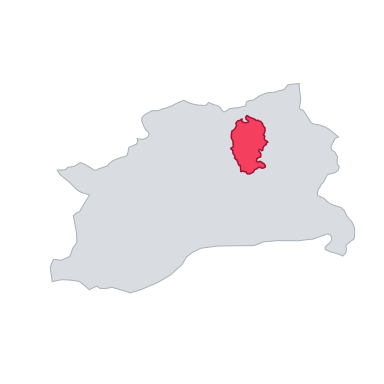 where Pazardzhik sits in Bulgaria, rotated 169°
{"feature_id": "BGR-2234", "entity_name": "Pazardzhik", "entity_type": "Province", "adm_level": 1, "iso_a3": "BGR", "parent_name": "Bulgaria", "parent_adm1": "", "projection": "robinson", "projection_center": [24.121, 42.158], "detail": "fine", "context": "in_parent", "style": "filled", "palette": "rose", "viewbox_px": 384, "rotation_deg": 169, "n_neighbors": 0, "source": "natural_earth", "source_scale": "10m", "svg_char_len": 3761}
<svg xmlns="http://www.w3.org/2000/svg" viewBox="0 0 384 384"><g transform="rotate(169 192 192)"><path d="M320.1,239.2L313.3,238.1L311.0,238.5L309.5,240.0L306.3,239.7L302.5,239.7L298.4,241.4L296.2,242.2L293.2,240.6L287.6,235.8L284.1,232.4L281.6,231.6L279.1,232.6L270.0,233.7L267.9,235.7L263.8,237.8L259.6,238.8L253.5,239.6L250.4,239.5L248.6,240.5L247.1,243.6L246.1,246.7L245.3,247.9L237.7,249.5L236.1,251.2L235.7,252.9L235.8,254.7L229.8,253.0L225.2,254.1L224.1,255.4L223.1,257.3L223.7,259.3L225.4,261.3L227.1,266.6L227.7,271.9L226.8,274.9L223.3,277.0L216.2,279.4L209.3,278.3L206.2,279.2L201.1,279.5L196.4,280.2L189.1,282.3L182.6,283.6L176.7,279.2L169.7,276.2L162.3,274.4L159.8,275.7L158.7,276.7L152.6,272.8L149.8,271.4L148.5,269.9L145.9,264.7L144.4,264.5L139.3,266.5L134.5,266.4L131.5,266.0L122.8,266.2L121.7,269.8L120.6,270.3L118.7,270.8L114.1,270.6L108.1,273.2L101.8,274.8L96.8,274.9L91.7,274.1L88.6,274.7L82.0,274.9L77.8,278.8L71.3,278.6L65.8,277.9L66.5,276.7L67.7,261.4L70.4,254.6L70.3,253.2L69.7,252.2L67.3,251.1L65.6,247.4L62.1,237.7L60.1,235.7L54.4,233.7L49.5,230.9L45.3,227.2L37.7,218.1L41.6,217.2L42.8,215.3L46.7,210.3L47.1,207.9L46.7,206.5L44.2,204.1L42.4,198.8L43.8,193.9L43.9,191.4L42.6,188.9L44.0,185.8L46.8,184.1L48.6,183.6L55.9,183.2L60.6,177.0L63.4,175.0L66.3,171.5L67.7,170.2L69.0,167.4L69.4,164.6L63.7,160.7L61.7,157.7L59.1,154.5L55.7,152.2L48.6,148.3L45.9,144.4L44.7,139.3L42.9,135.4L40.9,132.9L40.5,130.9L39.7,128.3L39.5,123.4L41.2,116.8L42.3,114.5L44.7,113.9L51.0,110.3L51.4,105.9L52.5,103.1L54.5,101.5L56.4,100.4L59.8,103.0L68.2,107.2L72.3,110.2L72.0,112.1L70.1,113.9L66.5,115.7L64.3,118.1L63.7,121.1L64.3,123.2L66.8,125.1L81.9,122.7L97.1,123.9L117.7,128.0L131.3,129.4L141.3,127.5L160.0,131.0L177.3,134.1L194.0,135.1L203.3,132.6L209.8,129.2L215.4,122.9L229.3,114.5L242.7,109.8L260.3,106.0L272.0,104.7L273.7,106.0L288.8,113.7L295.5,113.7L300.9,115.1L302.9,117.1L304.3,117.6L311.5,115.7L314.7,119.9L319.8,125.8L328.4,128.8L335.9,130.6L338.3,130.8L346.3,130.7L345.5,145.5L340.8,152.3L333.6,150.0L324.4,151.9L319.7,159.7L317.0,162.0L314.5,164.7L313.1,174.9L313.0,191.4L309.5,193.5L306.3,194.1L293.2,208.7L301.0,212.8L304.4,215.9L310.2,224.6L318.4,234.4L320.1,239.2Z" fill="#d9dde1" stroke="#a8b0b8" stroke-width="1"/><path d="M140.3,202.9L139.8,205.8L139.6,208.9L140.7,209.1L141.3,210.7L141.2,211.3L141.3,212.6L141.8,214.0L141.8,215.2L142.7,215.5L143.8,217.3L143.1,218.9L143.2,219.8L144.0,220.9L144.4,222.6L144.1,224.3L144.1,225.5L144.9,226.1L145.7,227.0L145.0,227.9L143.6,228.2L142.5,229.1L142.6,231.6L142.0,233.0L142.3,234.7L143.1,237.6L142.5,240.4L142.0,242.1L141.2,244.1L139.3,244.9L137.9,245.8L135.7,248.5L135.7,251.3L133.6,253.1L130.7,253.2L129.8,254.0L128.9,253.9L129.2,252.9L129.5,251.7L127.5,250.1L125.0,249.7L123.2,250.0L123.3,251.5L124.2,252.2L125.0,253.1L125.1,255.1L123.6,256.5L122.7,256.1L122.1,255.0L116.4,251.4L115.9,250.5L115.3,249.8L114.3,250.0L113.5,249.8L112.4,248.8L111.1,248.1L109.8,245.8L109.5,243.1L108.8,242.1L108.2,241.0L108.5,240.0L108.4,238.8L109.7,236.0L111.1,234.5L110.1,233.5L110.1,232.1L110.7,231.4L110.9,230.4L110.6,229.2L109.7,228.3L108.7,227.6L108.2,226.4L109.1,226.2L109.9,225.8L109.8,225.0L110.1,224.4L112.5,223.5L114.1,221.3L114.5,219.5L115.7,219.2L116.3,220.0L116.9,220.6L118.0,220.9L118.7,220.0L118.7,219.0L117.9,218.4L117.1,216.1L118.0,213.3L120.0,213.1L121.9,212.4L122.8,210.1L122.0,208.9L119.5,209.2L117.6,207.7L117.0,206.9L116.1,206.3L115.5,205.1L115.0,203.8L115.3,202.5L116.8,202.0L118.1,201.9L119.5,202.3L120.5,203.2L121.8,203.5L124.1,202.3L125.3,202.2L126.5,201.7L127.9,199.9L129.7,199.3L130.6,199.1L131.4,198.8L132.8,198.9L134.2,199.3L134.8,200.2L135.0,201.3L135.9,201.7L136.9,202.0L137.4,202.7L138.2,202.8L139.3,202.6L140.3,202.9Z" fill="#f43f5e" stroke="#9f1239" stroke-width="1.5"/></g></svg>